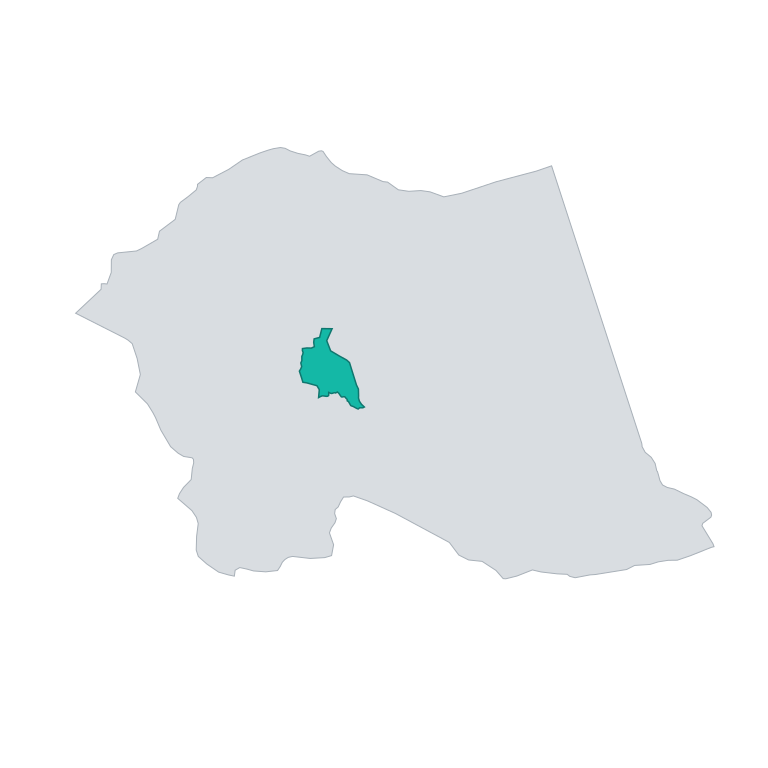 Apac highlighted on a map of Uganda, rotated 252°
{"feature_id": "UGA-5604", "entity_name": "Apac", "entity_type": "District", "adm_level": 1, "iso_a3": "UGA", "parent_name": "Uganda", "parent_adm1": "", "projection": "mercator", "projection_center": [32.461, 1.914], "detail": "fine", "context": "in_parent", "style": "filled", "palette": "teal", "viewbox_px": 768, "rotation_deg": 252, "n_neighbors": 0, "source": "natural_earth", "source_scale": "10m", "svg_char_len": 3257}
<svg xmlns="http://www.w3.org/2000/svg" viewBox="0 0 768 768"><g transform="rotate(252 384 384)"><path d="M539.7,610.8L529.3,610.8L512.3,610.8L495.4,610.8L478.4,610.8L461.5,610.8L444.5,610.8L427.6,610.8L410.7,610.8L393.7,610.8L376.8,610.8L359.8,610.8L342.9,610.8L325.9,610.8L309.0,610.8L292.0,610.8L275.1,610.8L258.1,610.8L248.1,610.8L246.1,610.5L244.7,610.1L238.3,611.3L231.7,615.5L224.7,617.3L217.2,616.6L216.2,617.0L212.4,616.9L206.9,616.6L201.9,617.7L198.1,621.4L194.3,627.7L187.3,634.9L181.9,641.2L177.3,645.8L166.7,653.2L160.9,655.4L158.1,655.1L156.3,653.7L153.0,644.1L150.9,642.6L130.4,647.5L127.3,647.6L127.5,644.6L126.0,622.2L125.8,608.5L128.5,599.8L130.1,589.9L130.2,581.2L134.0,566.3L132.6,557.4L137.5,526.1L138.8,521.0L140.7,505.9L143.7,501.2L146.4,499.4L149.9,490.1L156.7,475.3L161.3,467.7L160.3,451.0L161.1,439.7L162.1,437.2L172.1,432.9L185.0,422.5L190.5,410.1L198.2,402.3L213.1,397.2L257.4,354.8L278.1,332.0L287.0,320.3L287.3,316.1L289.0,310.6L285.4,306.3L281.2,302.4L279.7,298.8L276.0,297.0L270.7,297.1L267.2,294.5L263.3,289.3L259.3,286.1L246.7,286.4L237.0,281.1L237.2,274.0L240.9,259.9L248.3,243.7L248.7,239.3L247.7,235.5L245.9,232.2L242.6,229.0L239.5,225.1L241.9,213.5L246.5,202.2L250.3,196.5L254.0,190.1L252.9,184.9L247.5,182.3L250.4,177.2L256.2,168.6L267.5,159.9L277.4,154.1L284.1,154.1L297.0,158.7L308.7,164.2L315.1,164.4L322.9,162.2L339.0,152.5L342.9,155.6L347.6,161.4L352.7,171.1L362.9,175.6L367.7,178.6L371.2,179.5L373.1,178.7L377.0,171.1L381.7,166.9L390.3,161.7L409.2,157.5L422.8,156.3L428.5,155.3L438.2,152.9L453.3,145.1L468.3,155.2L484.5,157.1L500.2,157.0L505.0,154.0L507.8,151.6L524.3,135.0L546.6,112.6L561.5,144.2L566.6,146.1L565.9,148.8L564.7,151.5L574.4,159.1L586.4,163.1L590.6,167.0L591.0,171.2L587.0,189.7L587.7,195.0L591.6,213.5L598.7,217.7L605.1,236.3L617.9,244.2L619.7,246.5L622.7,255.5L626.6,265.4L629.6,267.7L631.5,268.3L635.3,278.8L633.1,284.7L636.1,302.6L640.8,318.6L642.1,337.7L642.2,346.2L642.0,351.3L640.9,358.6L638.7,362.8L634.6,366.9L630.0,373.3L626.1,380.2L623.6,383.6L625.6,393.9L625.1,396.6L624.0,397.9L618.2,399.5L610.8,402.3L606.3,405.0L599.9,410.2L594.8,415.9L588.1,432.6L576.8,445.6L574.9,449.8L564.3,457.6L559.6,467.1L556.6,478.8L552.5,487.2L543.5,498.7L541.4,516.9L541.7,553.2L539.4,594.6L539.7,610.8Z" fill="#d9dde1" stroke="#a8b0b8" stroke-width="1"/><path d="M387.1,358.1L380.7,356.2L378.5,355.4L375.2,355.3L371.7,356.3L368.2,358.2L367.9,356.5L368.9,353.5L368.2,351.7L369.3,350.4L372.2,347.7L372.8,346.8L373.8,345.7L378.2,344.8L379.4,343.8L380.4,344.2L381.2,344.0L382.0,343.5L382.9,343.2L384.0,342.7L384.4,341.7L384.5,340.5L384.9,339.5L386.5,338.9L389.0,338.2L390.8,337.2L390.4,335.2L390.9,334.6L391.1,333.8L391.1,331.7L391.3,330.9L391.8,330.2L393.1,328.8L391.9,328.4L390.8,328.1L390.1,327.7L389.8,326.5L390.1,325.3L391.4,322.7L391.8,321.6L391.7,319.8L391.3,317.6L398.6,320.7L403.1,319.7L409.0,310.8L410.7,307.4L415.5,307.5L422.4,307.5L424.1,309.5L426.0,311.1L429.7,311.4L431.6,313.1L435.7,314.4L437.2,315.8L438.9,316.8L441.0,316.7L442.9,317.4L442.1,321.8L440.6,326.0L441.0,329.3L445.3,330.0L448.5,331.5L448.2,337.2L455.9,342.0L452.6,351.7L442.9,342.9L432.0,343.5L424.5,350.1L418.3,355.9L415.0,357.8L408.3,357.7L391.5,357.5L387.1,358.1Z" fill="#14b8a6" stroke="#0f766e" stroke-width="1.5"/></g></svg>